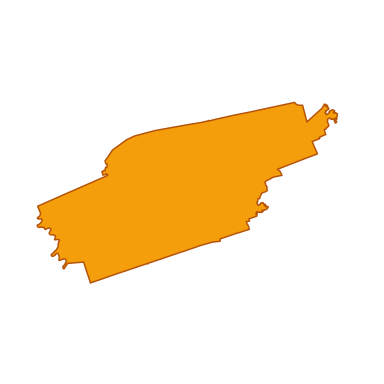 Caldararu, Arges, Romania, rotated 348°
{"feature_id": "2599482B11368679427282", "entity_name": "Caldararu", "entity_type": "district", "adm_level": 2, "iso_a3": "ROU", "parent_name": "Romania", "parent_adm1": "Arges", "projection": "natural_earth1", "projection_center": [24.963, 44.455], "detail": "fine", "context": "isolated", "style": "filled", "palette": "amber", "viewbox_px": 384, "rotation_deg": 348, "n_neighbors": 0, "source": "geoboundaries", "source_scale": "gbopen_adm2", "svg_char_len": 5889}
<svg xmlns="http://www.w3.org/2000/svg" viewBox="0 0 384 384"><g transform="rotate(348 192 192)"><path d="M240.2,240.5L240.1,239.5L240.1,238.9L240.3,237.6L240.2,237.3L240.0,236.8L239.8,235.9L239.6,235.4L239.3,235.0L238.9,232.4L242.2,232.3L242.0,231.6L242.0,230.5L242.1,230.2L250.0,229.1L250.4,229.0L250.5,228.8L250.1,228.1L250.0,227.6L250.3,227.4L250.7,227.7L250.9,227.7L251.1,227.4L251.1,226.1L250.9,225.8L250.6,225.8L250.8,225.6L250.8,225.1L250.9,224.9L251.1,224.8L251.9,224.9L252.2,225.3L252.3,225.6L252.5,225.6L252.9,225.6L253.3,225.7L253.6,226.0L253.9,226.1L254.3,225.9L255.0,226.1L255.5,226.2L256.2,226.3L256.6,226.3L257.1,225.9L257.1,225.6L256.8,225.3L256.6,224.9L256.7,224.5L257.0,224.4L257.3,224.6L257.8,225.3L258.3,225.0L258.9,224.9L259.1,224.6L259.6,224.5L260.2,224.7L261.8,224.2L263.0,223.2L263.4,222.4L263.4,222.2L263.0,222.1L262.3,222.1L261.6,222.0L261.4,221.9L261.4,221.6L261.6,220.9L261.4,220.9L260.9,221.1L260.5,221.0L260.2,220.7L260.4,220.4L260.6,220.4L261.1,219.9L261.2,219.6L261.0,219.4L260.8,219.6L260.7,219.8L260.2,219.9L260.1,219.5L259.9,219.0L259.7,218.4L259.7,217.9L259.5,217.6L259.3,217.4L259.1,217.7L258.7,217.8L258.5,217.7L258.0,217.0L257.9,217.0L257.7,217.2L256.8,217.2L256.7,217.5L256.3,217.7L256.1,217.9L256.1,218.2L255.7,218.6L255.2,218.6L254.5,218.9L253.8,218.5L253.7,217.9L253.5,217.0L253.0,216.2L253.3,215.6L254.1,215.2L254.4,214.9L254.4,213.7L254.9,213.3L255.3,212.2L256.8,212.5L257.1,212.1L257.8,210.5L258.6,209.4L259.4,208.5L259.8,207.8L261.1,207.4L264.0,207.0L265.3,206.6L265.9,206.2L266.0,203.6L266.4,203.0L266.2,202.3L266.2,201.8L265.9,201.3L265.6,200.5L265.7,198.8L265.4,198.2L265.3,197.8L265.3,197.6L265.4,197.4L265.7,197.2L266.7,196.7L267.8,196.4L268.5,196.1L268.9,196.0L269.7,195.9L270.2,195.8L270.6,195.6L270.9,195.6L272.2,195.2L272.4,195.0L273.4,194.8L273.9,194.5L274.3,194.4L276.1,194.5L276.8,194.4L283.3,194.4L283.1,192.8L282.7,191.2L282.4,190.1L280.5,187.5L308.8,182.9L322.1,180.9L322.6,180.7L320.8,171.8L320.1,167.5L321.7,167.4L327.7,166.4L327.9,166.3L328.0,166.2L327.8,165.3L327.8,165.1L331.4,164.2L334.7,163.6L334.5,162.2L334.4,159.2L334.2,158.7L334.4,158.5L334.6,158.4L336.4,158.0L336.4,157.6L336.6,157.4L337.5,157.1L337.7,156.8L338.9,156.3L339.3,156.0L339.7,154.6L339.7,154.3L339.4,153.7L339.4,153.3L339.1,152.4L339.2,151.2L339.2,150.9L339.6,150.1L339.6,149.5L339.9,148.8L341.1,148.5L341.9,148.5L342.2,148.8L342.8,148.7L343.1,148.9L343.1,149.3L343.3,149.8L343.7,149.8L344.1,150.0L344.3,150.1L344.6,150.0L344.8,150.1L345.1,150.3L345.5,150.3L346.1,150.0L346.3,150.4L346.0,151.5L346.1,152.0L346.5,154.2L347.0,154.3L347.1,154.0L347.7,153.6L348.1,153.5L348.2,153.4L348.0,152.9L347.6,152.4L347.6,152.1L347.5,151.8L347.4,151.4L347.7,151.0L347.6,150.8L347.4,150.8L347.3,150.6L347.2,150.2L347.3,150.1L347.8,150.4L348.0,150.3L348.0,149.6L348.2,149.4L348.3,149.4L348.2,149.6L348.4,150.4L348.0,150.7L347.9,150.8L347.9,151.0L348.2,151.0L348.7,150.8L348.9,150.3L349.0,149.3L349.5,148.4L350.2,146.7L350.3,145.6L348.9,144.3L347.4,144.4L347.4,143.9L347.2,143.6L346.9,143.5L346.9,143.4L347.4,143.1L348.0,143.0L348.3,142.1L346.9,140.9L345.3,140.9L343.0,141.8L343.0,142.5L342.9,142.8L340.4,144.2L339.4,144.2L339.2,143.0L338.8,142.9L338.7,142.4L338.7,141.8L338.9,141.7L339.5,141.5L339.8,141.4L339.8,141.1L339.4,140.7L340.0,140.1L340.9,140.2L341.7,139.9L342.6,139.5L343.2,138.6L342.9,138.1L341.7,137.2L341.7,136.9L341.8,136.7L342.2,136.7L342.4,136.6L342.5,136.5L342.5,136.2L342.4,136.2L341.9,136.2L342.2,135.4L342.1,135.2L341.9,135.2L340.9,135.4L341.1,135.1L341.2,134.8L341.2,134.7L340.7,134.8L340.6,134.7L340.8,134.3L340.7,134.0L340.4,133.9L340.0,134.0L339.6,133.7L337.4,136.3L336.3,137.3L320.0,146.7L319.0,147.3L318.2,130.2L315.6,129.6L313.8,129.0L312.5,128.2L310.9,125.7L264.0,125.8L249.0,125.6L231.1,125.8L223.8,126.0L223.1,125.5L222.6,125.8L216.3,125.9L216.0,126.0L207.6,125.5L196.2,125.1L168.9,124.2L147.2,125.3L140.2,127.0L139.6,127.0L123.0,134.4L117.4,139.8L113.5,143.4L113.4,143.8L113.6,146.6L115.0,147.3L113.8,150.2L112.8,149.8L111.9,151.2L111.3,153.1L110.2,152.7L108.1,153.5L108.5,157.0L111.2,156.8L112.1,156.4L113.2,157.8L111.3,158.6L81.3,164.8L63.8,168.4L38.2,173.8L38.2,174.6L39.4,181.0L39.1,182.3L38.3,183.4L37.5,184.2L36.4,184.8L35.7,184.7L35.4,185.5L35.8,186.3L36.5,186.6L37.9,186.8L39.0,187.2L39.5,187.3L39.6,187.8L39.3,188.6L38.6,189.7L37.5,190.9L36.2,191.6L34.2,192.1L33.7,192.4L33.7,193.1L34.1,194.4L34.9,194.8L35.5,194.7L36.1,194.8L36.8,194.9L37.5,195.1L38.7,195.6L40.0,195.9L40.1,196.6L40.1,197.4L40.3,197.7L40.8,198.2L41.4,198.1L42.1,197.7L44.2,197.4L44.9,197.6L45.8,198.4L46.2,198.8L46.1,199.4L45.9,199.9L45.5,200.2L44.9,201.0L43.8,202.4L43.7,203.3L44.6,204.3L46.1,204.9L47.5,205.1L49.0,206.2L49.1,206.4L49.1,206.7L48.9,207.8L48.5,208.8L47.7,209.6L47.9,210.2L48.4,210.4L50.0,210.4L50.7,210.5L51.9,211.1L52.3,211.7L52.4,212.1L52.1,212.3L51.5,212.7L50.4,214.7L50.2,215.2L50.0,216.5L49.7,217.2L49.4,217.9L49.1,218.5L48.3,219.1L47.8,219.8L47.0,220.6L46.1,221.0L45.7,221.1L44.4,222.2L43.1,223.0L42.3,223.4L42.1,223.7L41.9,223.7L41.7,223.7L41.5,223.8L41.2,224.5L41.7,225.7L41.9,225.9L43.3,225.9L44.0,225.6L44.4,225.5L45.2,225.2L45.9,224.4L46.8,224.0L47.2,223.9L47.6,224.1L48.1,224.5L48.4,225.1L48.7,227.6L48.6,228.4L48.3,229.0L48.2,229.7L47.8,230.3L47.7,230.8L47.9,231.2L48.4,231.4L48.8,231.5L50.2,231.0L51.9,230.8L53.4,231.0L54.4,231.5L54.7,232.8L54.4,234.0L53.6,235.1L53.0,235.6L52.7,236.3L51.8,236.9L50.2,238.3L50.0,239.5L50.4,240.2L50.7,240.6L55.2,236.3L55.6,236.1L56.4,236.1L67.4,237.5L71.4,238.0L73.8,259.8L101.9,256.3L120.6,254.2L123.9,253.7L129.2,253.2L133.2,252.7L133.7,253.1L133.9,253.1L134.0,253.0L134.2,252.7L134.3,252.6L137.1,252.3L163.4,249.2L168.9,248.5L171.4,248.4L174.5,247.9L185.7,246.6L186.5,246.4L190.5,246.0L196.7,245.6L200.2,245.4L200.2,245.2L202.2,245.3L209.2,246.0L210.0,243.7L224.6,242.0L226.1,241.7L228.9,241.6L234.9,241.0L236.5,240.8L240.2,240.5Z" fill="#f59e0b" stroke="#b45309" stroke-width="1.5"/></g></svg>